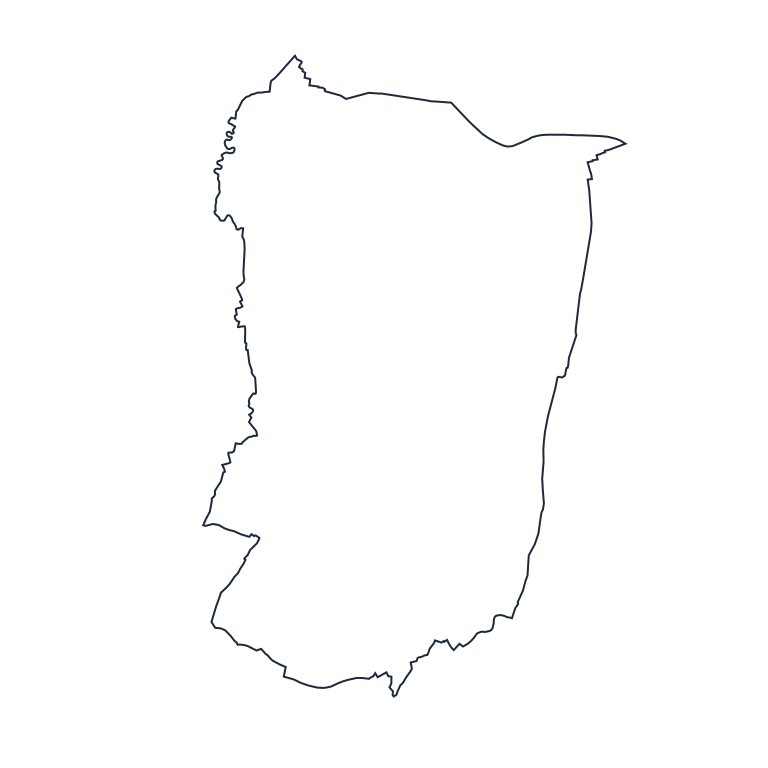 the district of Phak Hai, Phra Nakhon Si Ayutthaya, Thailand, rotated 279°
{"feature_id": "78962969B77944548728252", "entity_name": "Phak Hai", "entity_type": "district", "adm_level": 2, "iso_a3": "THA", "parent_name": "Thailand", "parent_adm1": "Phra Nakhon Si Ayutthaya", "projection": "albers", "projection_center": [100.331, 14.454], "detail": "fine", "context": "isolated", "style": "outline", "palette": "slate", "viewbox_px": 768, "rotation_deg": 279, "n_neighbors": 0, "source": "geoboundaries", "source_scale": "gbopen_adm2", "svg_char_len": 6111}
<svg xmlns="http://www.w3.org/2000/svg" viewBox="0 0 768 768"><g transform="rotate(279 384 384)"><path d="M672.4,406.4L671.0,389.7L670.6,387.1L670.8,380.4L670.5,336.3L670.0,332.8L669.2,323.4L659.6,301.9L662.1,296.0L664.0,279.8L664.2,279.6L665.8,279.7L667.0,277.2L666.7,272.9L667.5,272.8L667.3,263.6L673.6,263.5L674.1,257.7L679.1,257.5L680.2,254.6L682.0,254.5L682.8,252.1L683.4,251.4L683.8,250.5L685.9,251.0L688.3,252.3L688.9,252.4L689.6,252.1L691.2,247.1L694.3,244.7L673.9,231.7L669.0,228.3L665.9,225.3L664.0,224.9L654.8,225.3L654.1,222.1L652.7,217.4L652.0,213.6L649.8,209.5L649.4,208.0L647.3,205.7L646.0,203.1L641.7,199.8L639.6,199.1L631.5,196.6L630.2,195.4L622.9,195.8L622.8,195.6L623.1,191.4L621.3,190.6L620.1,189.8L618.9,189.4L618.0,189.5L617.4,189.9L616.6,192.8L615.0,196.7L614.2,196.6L611.6,195.2L610.8,195.0L610.1,195.2L609.0,196.3L608.1,196.1L607.3,194.6L608.7,192.4L608.8,190.9L608.2,189.9L607.2,189.4L606.0,189.6L605.2,190.0L604.4,190.7L604.0,191.8L604.2,194.1L604.1,194.8L603.6,195.2L602.9,195.2L601.5,194.3L600.7,193.3L600.5,192.2L600.8,190.6L600.5,189.9L599.8,189.3L598.2,188.9L597.0,189.0L595.7,189.5L594.4,190.2L592.4,192.0L591.8,193.1L591.6,193.8L592.0,195.0L593.6,197.0L593.9,198.6L593.6,199.2L593.0,199.6L591.6,199.7L590.1,199.5L589.3,199.1L588.8,198.6L587.9,196.3L587.8,194.2L588.1,192.9L587.8,191.6L586.6,189.6L585.0,188.0L584.6,187.8L584.1,188.0L581.9,189.6L580.7,189.6L579.9,189.0L578.1,185.3L577.4,184.7L576.7,184.6L575.5,185.0L575.1,185.5L574.0,188.9L573.7,189.5L573.1,189.7L572.1,189.7L571.0,188.9L570.7,188.2L570.6,185.7L570.2,184.4L569.4,183.6L568.2,183.1L567.0,183.4L566.4,184.0L566.0,184.8L565.5,186.8L564.8,187.6L563.5,187.8L560.5,187.8L557.7,189.7L551.6,190.6L550.2,190.9L547.8,191.8L546.9,191.6L541.9,189.6L540.2,189.3L537.1,189.8L533.6,189.6L528.8,190.6L528.5,190.4L528.0,189.6L526.2,190.1L525.7,190.5L522.7,194.8L520.1,196.6L519.9,197.9L520.1,199.5L520.6,200.9L522.0,201.3L523.3,202.0L525.5,202.7L526.3,203.7L526.3,204.9L525.6,206.0L524.1,207.5L523.0,208.2L520.6,209.4L519.0,211.2L516.8,212.8L513.8,214.3L513.5,215.7L515.5,218.2L515.8,220.5L507.9,220.9L507.1,221.2L504.4,223.1L502.0,223.9L495.1,225.3L472.8,227.6L468.2,228.7L465.3,229.7L462.3,229.2L461.3,228.2L459.3,226.9L458.3,225.5L455.9,223.6L446.9,229.7L444.9,230.7L444.4,230.7L443.1,229.0L442.7,228.9L438.7,232.1L438.4,232.0L436.7,229.8L435.8,227.2L434.9,226.0L433.4,226.3L429.7,227.7L429.2,227.5L428.2,226.1L426.7,226.2L425.2,226.9L423.4,228.7L423.2,229.1L422.8,231.3L417.9,230.8L417.5,230.9L417.5,232.2L418.2,233.4L419.2,236.9L419.2,237.3L418.9,237.6L415.6,238.5L403.8,240.1L403.1,240.4L402.8,241.4L402.3,241.8L398.5,242.0L396.7,242.4L396.0,242.9L396.2,244.1L383.6,247.7L376.2,251.6L375.0,251.4L374.3,251.6L372.6,253.0L370.1,255.7L369.5,255.9L357.8,258.5L354.9,258.9L354.4,258.7L354.1,258.3L354.2,256.5L353.9,256.1L348.7,253.5L346.4,253.2L345.0,253.4L343.4,254.1L341.4,253.8L340.7,254.0L339.7,255.2L338.6,258.2L337.6,258.9L336.9,258.9L335.2,258.2L334.3,257.6L332.6,255.6L330.0,258.2L325.3,256.6L317.6,265.1L313.4,266.7L313.1,266.5L312.6,265.3L312.5,263.2L311.5,262.1L310.8,259.7L310.0,258.3L307.2,255.8L304.2,253.4L302.6,252.7L302.1,249.5L302.2,246.8L294.2,246.4L292.6,244.7L291.9,241.3L291.6,241.0L290.3,241.2L283.5,244.3L282.4,244.5L281.3,242.7L278.7,236.9L275.2,239.4L272.5,240.6L272.1,240.3L271.7,239.3L271.4,239.1L262.3,238.2L252.3,233.8L250.9,233.9L248.8,234.4L247.5,234.2L246.5,233.8L243.9,231.8L241.8,232.2L230.7,232.0L223.2,229.4L216.2,227.5L216.0,230.1L219.0,237.0L218.8,243.1L216.5,249.1L215.6,253.7L215.1,259.1L213.1,266.5L212.0,274.6L212.2,275.1L214.7,276.4L214.9,276.7L213.5,279.5L214.3,280.5L214.2,281.4L212.5,285.0L212.1,285.1L206.9,283.5L199.1,277.7L194.0,276.2L189.7,273.3L189.4,273.4L188.9,274.5L188.6,274.7L184.5,273.4L179.3,271.0L174.4,269.4L170.4,266.6L162.2,262.8L157.8,259.8L152.4,255.6L147.9,254.9L138.1,253.0L122.0,250.8L116.8,255.4L117.1,260.9L116.0,265.4L114.2,268.0L110.9,272.3L106.8,276.6L105.8,278.8L104.1,279.7L103.6,280.3L103.6,280.8L104.1,281.9L104.2,283.1L104.2,287.4L103.9,290.3L100.8,299.8L103.2,304.0L98.6,309.7L98.0,311.4L95.4,314.3L93.3,317.4L90.7,324.9L89.1,331.2L79.3,330.8L78.1,341.1L76.0,347.8L75.4,350.6L74.4,356.4L73.7,365.5L74.3,371.5L74.9,373.7L76.2,377.5L77.2,379.5L81.3,385.5L83.9,390.0L86.0,394.4L89.3,402.7L89.8,405.5L90.2,408.7L90.5,415.4L91.3,415.9L93.8,419.2L97.0,420.6L93.4,423.6L99.6,431.5L96.0,434.0L96.1,437.1L89.4,438.1L85.1,436.9L81.9,440.9L78.1,441.2L76.9,442.5L77.8,443.4L78.5,444.7L82.9,445.6L88.1,447.0L89.1,447.4L90.7,448.7L92.8,449.9L97.4,451.6L103.9,454.9L107.1,456.1L113.1,453.9L115.4,459.4L118.5,460.0L119.3,460.8L120.3,463.6L122.4,466.8L123.1,469.1L124.9,469.7L129.8,470.6L136.3,474.1L138.7,474.4L137.6,481.2L139.5,483.2L138.8,483.8L141.1,486.3L136.3,489.8L133.8,492.3L132.1,494.5L139.2,499.2L137.1,503.1L140.5,507.3L143.3,509.8L146.9,512.2L151.8,514.7L152.7,515.6L154.6,518.9L154.8,520.1L154.8,522.3L156.4,526.6L157.4,528.0L158.8,529.0L159.9,529.4L165.3,529.8L167.9,529.4L170.3,529.6L171.6,530.0L172.5,531.0L173.0,531.8L173.8,534.3L174.1,535.8L173.7,539.5L173.0,541.8L173.0,544.6L172.7,547.0L183.0,548.7L187.7,550.9L189.4,550.2L189.9,550.3L201.5,553.5L211.7,554.6L217.3,555.7L237.4,553.8L249.3,558.0L260.4,559.9L279.5,559.6L281.9,559.7L284.9,560.6L291.3,560.6L301.7,558.0L315.0,555.1L332.0,553.8L344.3,551.6L352.4,550.9L362.0,550.5L378.1,551.0L406.7,553.9L417.5,554.3L418.2,554.8L418.4,555.2L418.3,558.9L420.6,561.4L428.3,561.7L428.6,561.9L428.8,562.8L429.3,562.9L431.5,563.0L439.0,562.6L462.4,566.4L464.5,565.3L468.2,564.8L500.4,563.6L504.7,563.5L507.1,563.9L519.1,564.2L566.6,564.6L575.1,563.9L607.0,556.5L617.8,553.2L618.9,557.3L623.5,555.9L625.5,554.9L626.4,554.3L634.9,550.4L636.7,555.2L637.6,555.0L639.2,559.9L643.3,558.1L644.8,561.6L646.3,563.6L647.3,565.9L647.5,566.1L648.9,565.5L650.1,568.9L659.1,584.9L661.5,579.1L662.5,574.7L663.2,566.4L662.6,557.5L660.8,542.1L659.8,535.4L658.6,524.5L656.1,508.2L654.9,502.3L653.7,498.2L651.2,492.3L650.1,490.6L648.5,488.8L643.6,481.3L639.3,474.1L638.3,471.0L637.8,468.2L638.3,463.7L640.3,456.6L643.1,449.0L646.2,442.3L656.3,427.3L672.4,406.4Z" fill="none" stroke="#1e293b" stroke-width="2"/></g></svg>